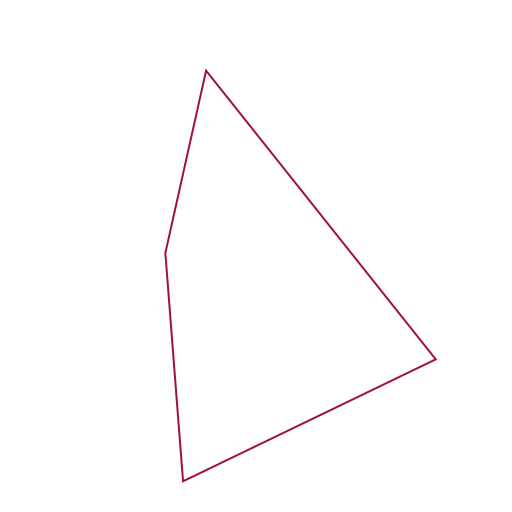 the border of Ijuw, rotated 72°
{"feature_id": "NRU-4980", "entity_name": "Ijuw", "entity_type": "state/province", "adm_level": 1, "iso_a3": "NRU", "parent_name": "Nauru", "parent_adm1": "", "projection": "mercator", "projection_center": [166.951, -0.505], "detail": "fine", "context": "isolated", "style": "outline", "palette": "rose", "viewbox_px": 512, "rotation_deg": 72, "n_neighbors": 0, "source": "natural_earth", "source_scale": "10m", "svg_char_len": 224}
<svg xmlns="http://www.w3.org/2000/svg" viewBox="0 0 512 512"><g transform="rotate(72 256 256)"><path d="M409.8,117.0L447.7,395.0L225.2,341.3L64.3,246.2L409.8,117.0Z" fill="none" stroke="#9f1239" stroke-width="2"/></g></svg>